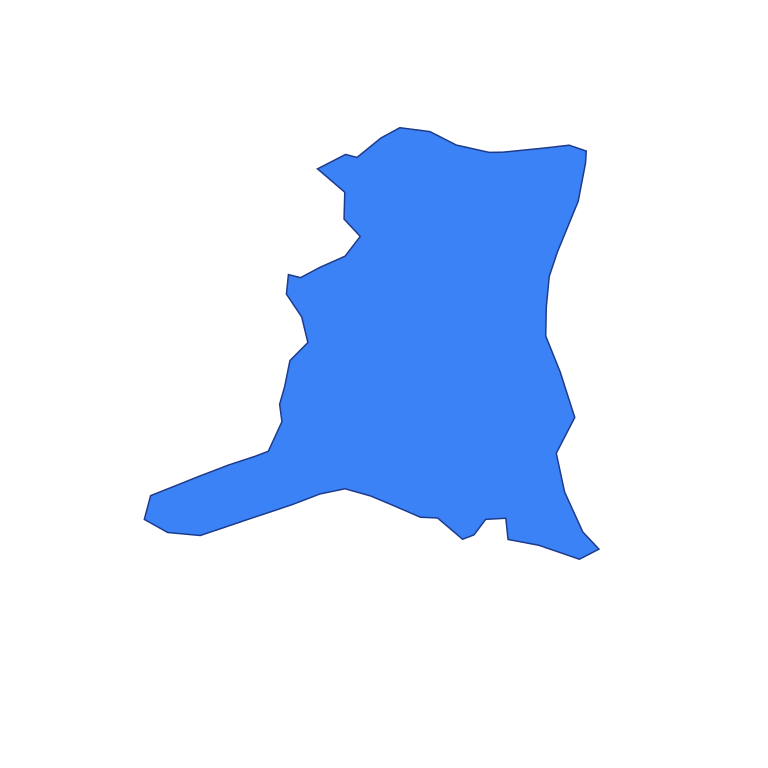 the district of Kissousa, Limassol, Cyprus, rotated 159°
{"feature_id": "46923920B24098617372182", "entity_name": "Kissousa", "entity_type": "district", "adm_level": 2, "iso_a3": "CYP", "parent_name": "Cyprus", "parent_adm1": "Limassol", "projection": "mercator", "projection_center": [32.799, 34.807], "detail": "fine", "context": "isolated", "style": "filled", "palette": "blue", "viewbox_px": 768, "rotation_deg": 159, "n_neighbors": 0, "source": "geoboundaries", "source_scale": "gbopen_adm2", "svg_char_len": 939}
<svg xmlns="http://www.w3.org/2000/svg" viewBox="0 0 768 768"><g transform="rotate(159 384 384)"><path d="M111.7,529.0L125.6,540.6L152.2,547.5L189.9,557.8L202.9,562.6L230.9,581.2L250.7,603.2L277.4,617.6L298.6,614.8L328.0,605.2L337.6,612.1L369.0,608.7L351.9,577.1L362.2,552.3L353.3,530.3L374.5,517.3L401.9,515.9L423.8,513.2L434.0,520.4L442.9,502.9L436.8,476.1L440.2,450.0L463.4,439.6L477.8,417.0L488.7,402.5L492.8,385.4L516.1,362.7L529.8,362.7L558.5,364.1L590.0,364.1L641.9,363.4L656.3,343.5L653.9,340.6L639.2,322.9L609.8,308.4L560.5,306.4L512.7,304.3L483.3,304.3L458.0,300.2L436.8,284.4L421.0,269.3L397.8,246.6L382.0,239.7L366.3,210.9L354.0,210.9L337.6,221.2L318.4,215.0L323.9,194.4L297.2,177.9L264.4,150.4L263.5,150.5L242.5,152.8L251.4,174.5L254.1,218.4L248.0,257.6L217.9,284.4L215.2,331.8L215.8,370.9L204.9,397.7L191.2,425.2L174.8,445.1L137.2,485.0L116.7,518.0L111.7,529.0Z" fill="#3b82f6" stroke="#1e3a8a" stroke-width="1.5"/></g></svg>